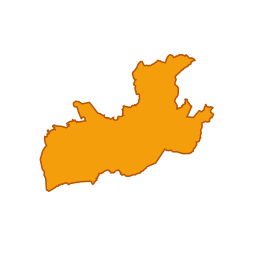 the district of Namosi, Central, Fiji, rotated 115°
{"feature_id": "14151628B28251361437248", "entity_name": "Namosi", "entity_type": "district", "adm_level": 2, "iso_a3": "FJI", "parent_name": "Fiji", "parent_adm1": "Central", "projection": "albers", "projection_center": [178.074, -18.067], "detail": "fine", "context": "isolated", "style": "filled", "palette": "amber", "viewbox_px": 256, "rotation_deg": 115, "n_neighbors": 0, "source": "geoboundaries", "source_scale": "gbopen_adm2", "svg_char_len": 5793}
<svg xmlns="http://www.w3.org/2000/svg" viewBox="0 0 256 256"><g transform="rotate(115 128 128)"><path d="M83.1,56.3L82.5,56.5L80.0,56.2L79.6,56.4L79.0,57.3L79.1,58.5L78.7,59.5L77.3,60.8L74.8,59.9L73.6,59.8L73.8,61.9L74.8,63.0L74.9,64.1L75.4,65.1L74.6,66.4L73.8,67.3L74.2,67.6L75.2,66.9L75.7,67.4L76.7,67.5L77.8,67.1L78.7,67.2L79.3,66.9L80.0,66.9L80.5,67.4L81.8,67.9L82.4,68.4L82.1,70.4L82.4,70.9L90.8,73.1L92.9,79.3L82.1,79.4L81.4,79.6L81.4,80.7L79.7,83.3L79.2,84.8L78.8,85.1L78.7,85.5L77.3,86.2L77.1,86.7L77.5,87.6L77.5,88.1L78.0,88.4L78.2,88.0L80.4,87.0L80.9,87.2L81.3,86.6L81.7,86.4L82.2,86.6L83.6,88.1L84.7,87.9L85.4,88.6L85.8,88.1L86.4,88.1L88.4,90.0L88.4,90.3L88.8,90.8L88.8,91.5L89.2,91.7L89.5,91.3L90.2,91.4L90.2,91.7L87.1,92.8L86.2,93.8L84.0,97.2L80.2,97.3L78.8,96.8L77.1,96.7L73.8,97.7L73.3,98.4L72.9,98.3L72.1,98.4L70.9,99.0L70.1,99.7L70.0,100.4L69.4,100.9L69.1,102.4L69.1,103.1L68.6,103.9L67.4,104.5L66.2,104.7L65.1,104.7L63.9,104.9L62.8,105.6L62.1,106.7L61.2,106.8L59.9,106.5L55.6,104.7L53.3,103.9L51.1,102.6L49.6,102.4L48.8,101.3L48.3,101.2L46.7,99.8L45.1,99.6L44.5,98.9L43.3,98.1L42.5,98.3L42.3,98.6L41.5,98.8L41.1,98.6L40.9,98.1L39.8,97.6L38.5,96.0L37.8,96.8L37.6,97.9L37.5,99.9L38.4,100.4L38.3,101.1L38.7,101.6L38.6,101.9L37.8,104.6L37.4,104.9L37.2,106.0L37.6,106.5L38.7,106.7L38.6,107.9L38.8,108.8L38.6,109.6L39.4,111.1L39.7,112.2L39.8,112.4L40.4,112.4L41.2,113.3L41.9,113.6L42.5,114.6L43.4,115.0L44.3,116.0L44.7,116.2L44.8,116.6L44.5,117.1L43.5,118.3L43.7,120.3L44.1,121.1L45.3,121.7L46.7,122.1L48.7,122.1L49.4,122.3L50.3,122.1L50.9,121.7L53.0,121.8L53.3,122.3L53.3,123.0L53.8,124.9L53.6,127.1L54.0,128.1L54.0,129.2L54.2,129.8L55.5,129.8L56.2,130.0L56.9,130.8L57.4,130.9L61.6,133.8L62.5,135.3L63.0,135.7L63.3,137.6L64.2,138.7L64.4,140.1L61.8,143.4L62.4,144.6L65.2,145.7L70.0,145.6L73.4,146.3L75.7,147.2L76.6,146.9L77.8,146.2L78.7,145.3L80.7,143.8L81.1,142.4L81.0,141.3L82.5,141.6L84.6,141.6L86.2,141.2L86.6,139.1L87.3,138.6L88.7,138.7L91.6,136.5L91.9,135.8L93.3,135.2L93.8,134.6L93.8,134.0L92.9,133.2L92.9,132.8L93.0,132.1L93.6,131.3L94.5,131.2L96.6,130.0L97.8,130.1L98.0,129.8L98.5,129.8L99.6,129.2L101.2,129.3L102.4,129.7L103.0,130.4L103.8,130.8L104.3,130.5L104.2,131.8L105.0,131.9L105.3,132.2L105.6,133.2L106.1,133.7L107.2,133.9L108.2,134.3L108.3,135.4L109.1,136.1L109.0,137.3L109.3,137.8L109.7,141.1L110.0,141.4L110.6,141.4L111.3,140.5L112.1,140.5L113.7,141.0L114.2,140.0L114.8,140.2L115.5,139.2L117.6,138.9L118.4,137.5L119.0,138.2L119.8,138.2L121.0,139.9L121.6,141.7L123.6,141.6L123.9,140.8L125.0,141.2L126.1,142.4L126.4,144.2L126.3,144.7L124.5,145.6L125.3,146.3L126.7,146.7L127.3,147.3L127.3,148.4L127.0,149.0L127.0,149.8L127.8,150.3L127.3,151.4L127.6,151.8L128.1,151.9L128.1,153.6L128.0,154.0L127.6,154.4L126.6,154.8L126.9,155.0L126.9,155.5L127.4,156.3L127.2,156.5L127.1,157.0L127.1,158.3L126.7,159.2L127.0,159.6L127.2,161.9L121.1,173.7L125.5,179.8L124.9,183.8L125.8,186.5L127.8,187.8L128.7,187.9L129.4,187.6L130.3,186.9L131.3,185.7L131.3,185.3L130.4,183.5L131.0,182.7L135.3,178.7L139.2,174.3L137.4,173.6L137.0,173.3L136.8,172.0L137.2,171.2L138.5,170.5L139.5,169.5L139.8,170.4L141.5,172.3L141.6,173.0L142.2,173.6L142.8,173.9L142.8,174.4L143.4,175.1L143.4,176.1L143.1,176.0L143.8,176.4L143.7,176.7L143.9,177.0L144.1,176.6L144.4,176.7L144.0,177.4L144.2,177.8L143.8,178.5L143.9,179.0L143.3,179.3L143.6,179.8L143.9,179.8L144.6,180.4L144.5,180.6L144.0,180.9L144.0,181.7L145.2,181.3L146.1,182.4L146.7,183.5L149.7,185.3L149.9,184.0L150.7,184.3L150.0,182.7L151.2,182.4L152.2,183.2L153.2,183.5L153.9,184.1L154.7,189.5L156.2,193.0L156.6,196.3L157.7,197.0L158.6,196.8L158.6,196.5L158.2,196.0L158.5,195.6L158.4,195.0L158.8,194.7L159.4,194.8L159.5,194.3L159.9,194.1L160.3,193.4L160.5,193.7L160.4,194.1L160.7,194.8L161.6,195.5L162.3,196.5L162.7,196.8L163.7,196.9L164.1,197.3L164.4,198.2L164.4,198.8L163.7,199.6L163.9,199.8L164.6,199.8L165.1,199.5L166.2,197.0L166.7,197.2L166.8,197.9L167.5,198.7L167.8,198.7L169.6,197.8L170.2,197.8L170.6,197.9L170.9,199.8L172.4,199.3L174.3,198.3L176.8,196.4L178.3,194.4L181.3,195.3L184.0,195.5L186.4,195.4L193.6,194.2L201.5,188.2L203.3,185.1L206.2,184.1L208.5,181.2L218.4,175.8L218.8,173.0L212.9,168.9L212.0,168.8L211.5,168.2L210.7,167.9L210.7,167.1L210.1,166.7L209.8,166.6L209.1,166.7L208.7,165.6L207.6,165.3L207.2,164.9L206.7,164.1L206.7,163.4L206.0,163.2L203.8,161.0L204.3,157.9L203.9,157.5L202.8,157.1L196.7,148.2L191.9,139.1L193.3,137.2L193.5,136.5L194.5,136.0L193.9,136.0L192.0,135.5L191.7,135.7L191.3,135.6L190.6,135.1L189.1,134.9L188.4,134.3L187.6,134.9L187.1,135.6L186.8,135.5L186.7,135.3L187.0,134.8L186.2,134.6L185.4,134.9L185.0,134.7L184.6,134.9L183.1,134.5L182.4,134.8L182.2,135.1L181.4,135.1L181.2,133.9L180.8,133.4L180.0,133.0L180.0,132.7L179.0,131.8L177.5,131.3L175.2,129.4L174.6,128.5L174.5,126.7L175.2,126.3L175.3,124.8L175.4,124.5L175.8,124.3L175.0,123.3L174.9,122.5L174.1,121.6L173.7,121.4L172.8,121.5L171.9,121.0L171.4,120.2L170.0,118.6L171.1,116.9L171.6,115.4L172.6,115.5L173.2,113.9L173.1,113.3L172.1,112.4L171.7,111.6L172.1,110.7L172.4,109.2L171.2,106.7L170.4,105.6L168.3,103.7L167.3,101.5L166.1,101.0L165.8,100.5L165.1,100.0L164.2,98.6L163.3,97.7L162.9,97.6L162.1,97.9L160.6,96.4L159.6,95.9L158.3,95.7L157.1,94.7L155.2,94.6L147.9,88.1L131.5,85.7L131.9,83.3L130.8,80.5L130.3,80.4L130.1,80.0L130.1,78.8L130.6,77.2L128.9,73.7L128.0,67.3L125.1,61.4L124.3,61.1L123.4,60.1L122.4,59.9L121.5,59.1L120.2,59.5L119.1,59.7L117.5,59.0L116.6,58.9L116.1,59.1L114.4,58.6L112.7,59.3L112.0,60.1L110.6,58.3L109.8,57.9L108.6,57.9L106.8,58.6L106.2,58.0L105.2,58.7L103.7,59.4L102.0,59.3L101.4,59.6L100.6,60.5L100.2,60.5L99.1,61.3L97.3,61.1L96.6,61.2L94.7,61.7L92.8,62.9L91.8,62.8L90.2,61.3L89.4,60.8L89.1,58.9L87.8,56.9L87.2,56.9L86.4,57.6L84.6,57.6L83.4,57.2L83.1,56.6L83.1,56.3Z" fill="#f59e0b" stroke="#b45309" stroke-width="1.5"/></g></svg>